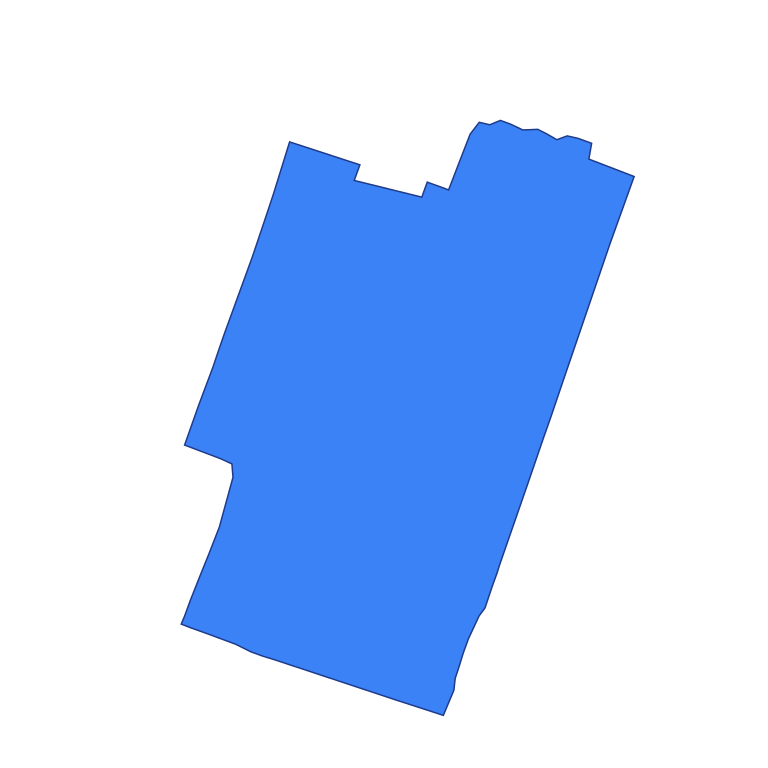 outline of Garibaldi, Rio Grande do Sul, Brazil, rotated 110°
{"feature_id": "56859067B56805786967083", "entity_name": "Garibaldi", "entity_type": "district", "adm_level": 2, "iso_a3": "BRA", "parent_name": "Brazil", "parent_adm1": "Rio Grande do Sul", "projection": "orthographic", "projection_center": [-51.585, -29.246], "detail": "fine", "context": "isolated", "style": "filled", "palette": "blue", "viewbox_px": 768, "rotation_deg": 110, "n_neighbors": 0, "source": "geoboundaries", "source_scale": "gbopen_adm2", "svg_char_len": 942}
<svg xmlns="http://www.w3.org/2000/svg" viewBox="0 0 768 768"><g transform="rotate(110 384 384)"><path d="M175.4,219.6L103.5,219.9L102.6,268.4L86.8,271.2L86.8,285.7L88.2,296.7L95.3,305.1L93.4,316.1L92.1,326.6L97.8,340.4L96.5,354.2L96.5,364.8L104.2,373.2L105.5,384.0L119.7,388.5L148.1,389.1L179.5,389.7L179.5,412.4L195.5,412.4L202.9,481.6L186.3,481.6L188.8,555.5L242.8,552.9L263.6,552.3L309.3,551.2L332.6,551.2L364.0,551.2L391.5,551.2L410.3,550.9L426.6,550.5L467.3,550.9L509.6,550.5L510.1,511.9L511.1,499.6L523.3,494.0L574.9,489.8L602.5,490.4L628.4,491.3L653.5,492.0L670.0,492.0L679.0,492.4L679.2,481.4L679.1,468.3L679.3,434.4L681.2,417.4L681.2,404.7L680.6,393.4L676.8,263.0L675.1,214.9L647.8,213.6L636.3,216.4L623.4,216.8L609.8,217.5L594.4,217.5L569.3,215.3L559.9,212.5L544.1,212.9L534.9,213.1L523.4,213.1L514.2,213.5L426.7,214.8L379.8,215.7L359.1,215.9L318.1,216.8L175.4,219.6Z" fill="#3b82f6" stroke="#1e3a8a" stroke-width="1.5"/></g></svg>